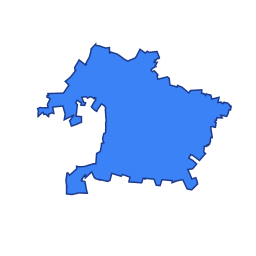 City of Tshwane, Gauteng, South Africa, rotated 198°
{"feature_id": "47623444B80921072750836", "entity_name": "City of Tshwane", "entity_type": "district", "adm_level": 2, "iso_a3": "ZAF", "parent_name": "South Africa", "parent_adm1": "Gauteng", "projection": "mercator", "projection_center": [28.311, -25.594], "detail": "fine", "context": "isolated", "style": "filled", "palette": "blue", "viewbox_px": 256, "rotation_deg": 198, "n_neighbors": 0, "source": "geoboundaries", "source_scale": "gbopen_adm2", "svg_char_len": 5252}
<svg xmlns="http://www.w3.org/2000/svg" viewBox="0 0 256 256"><g transform="rotate(198 128 128)"><path d="M37.3,172.7L37.5,176.6L36.1,176.8L36.6,180.5L37.7,180.4L37.7,180.9L41.0,182.5L43.6,182.1L43.9,182.3L44.1,182.2L44.7,182.1L44.8,181.9L44.7,181.7L44.7,181.2L44.7,180.9L44.8,180.8L45.1,180.9L45.2,180.6L47.1,180.8L47.1,181.3L47.7,181.4L50.3,180.0L50.9,185.3L57.3,181.4L58.7,184.0L59.7,184.9L64.1,184.4L64.2,184.5L64.5,183.1L65.0,183.8L66.5,183.6L66.6,184.2L68.8,183.8L69.6,187.1L80.3,182.9L80.9,180.1L89.1,183.4L89.8,183.5L94.0,183.8L93.8,182.2L101.4,181.9L104.2,188.0L106.4,188.8L112.3,185.1L114.7,183.6L115.1,184.3L115.3,184.7L116.3,186.2L116.4,186.5L116.6,187.8L116.2,187.7L116.3,187.9L116.3,188.1L116.6,188.2L120.6,190.5L122.3,189.1L124.0,190.2L123.2,192.1L122.7,192.7L121.9,193.5L121.5,194.2L120.4,195.0L121.4,195.7L121.0,196.5L120.6,199.5L123.4,198.4L123.4,200.8L122.8,200.5L122.1,201.7L121.8,202.5L121.1,203.7L120.1,203.6L119.8,204.5L124.1,209.7L131.3,206.4L133.5,206.9L134.7,204.6L140.9,206.6L142.1,199.2L142.7,196.9L149.0,191.5L149.3,191.6L151.4,192.0L152.1,192.1L157.6,193.9L160.9,194.9L168.0,194.9L168.1,193.7L168.8,193.6L170.5,198.8L173.6,197.2L177.9,197.1L179.5,197.3L184.4,196.7L184.7,197.7L187.4,192.1L187.5,191.6L187.2,191.6L187.1,191.3L186.6,183.8L187.8,177.6L188.0,176.2L187.3,175.9L187.7,174.7L191.7,176.2L195.5,177.6L196.0,175.4L196.1,174.9L197.4,169.0L196.3,166.8L195.5,166.6L198.5,158.4L200.8,154.8L201.3,154.2L202.1,152.9L201.2,152.5L198.7,151.2L197.4,150.5L198.1,148.4L198.9,145.5L200.2,141.2L214.8,136.0L213.5,134.4L215.0,134.0L214.7,132.4L211.0,131.8L211.9,125.6L211.3,124.4L210.1,122.7L215.3,120.8L217.5,120.4L218.1,120.2L219.9,118.4L218.8,117.2L217.1,111.1L216.7,111.4L216.9,111.9L213.9,116.6L213.7,116.4L213.4,116.3L213.0,116.0L212.9,115.9L212.6,115.7L212.3,115.4L212.3,115.2L212.2,115.0L212.1,114.9L211.3,115.5L210.7,115.6L210.4,115.6L209.8,115.5L209.0,115.1L208.4,114.7L208.0,114.6L207.0,114.2L206.9,114.3L207.8,116.7L206.5,117.6L205.9,118.3L203.9,119.2L203.1,118.7L202.9,118.8L204.4,121.5L205.0,122.6L206.1,124.5L204.8,125.2L196.8,128.8L195.5,127.0L194.6,125.6L192.0,121.8L191.2,116.1L183.4,123.7L185.4,117.7L185.8,116.6L185.1,116.2L184.3,115.0L183.1,113.2L182.4,112.3L178.3,115.4L177.8,115.8L176.2,117.3L174.0,119.1L175.7,124.1L175.8,124.4L178.8,123.7L179.2,123.6L181.1,123.2L181.5,125.6L182.1,128.4L182.7,131.3L183.3,134.4L183.4,134.7L184.1,134.9L185.0,135.6L185.4,135.9L185.4,136.2L185.0,138.7L181.4,137.7L180.8,138.1L179.9,136.6L180.0,135.2L177.3,135.8L176.6,136.1L176.2,136.1L176.1,137.6L176.0,138.8L176.5,138.9L178.0,138.8L181.6,142.8L181.4,143.0L180.6,143.4L179.5,143.9L178.2,144.5L177.4,144.9L175.7,143.9L173.4,146.2L171.3,146.1L169.8,145.5L169.6,145.9L169.2,145.9L169.2,146.4L168.0,146.7L168.0,146.4L167.9,145.9L168.0,145.0L167.3,144.7L168.3,142.0L169.2,137.4L169.4,136.8L165.1,134.6L162.9,134.2L162.6,136.3L162.2,137.9L161.5,140.1L160.6,142.8L159.3,142.4L159.2,142.4L156.8,141.6L155.1,139.8L155.4,138.8L155.0,137.9L153.4,134.1L153.1,133.2L151.1,128.6L150.5,127.2L151.3,126.4L151.0,126.5L149.4,122.0L148.1,117.3L148.0,115.9L149.2,115.4L148.9,110.1L147.3,107.1L146.4,106.6L147.2,105.8L148.4,105.3L148.5,105.2L147.9,103.2L147.9,102.9L147.7,102.0L147.2,97.5L147.1,97.3L147.1,97.1L150.0,94.1L147.5,84.0L149.1,83.6L150.3,83.0L152.8,81.2L154.5,80.1L156.1,78.8L157.5,78.0L158.6,77.4L162.0,76.2L162.8,76.0L164.3,75.4L165.3,76.4L164.2,73.1L164.7,72.3L166.1,70.1L166.8,68.7L169.0,65.1L171.3,66.7L172.1,66.3L170.8,58.8L168.0,53.1L168.3,53.1L166.8,48.6L166.1,46.3L160.8,47.4L159.3,48.3L157.6,49.3L154.5,51.2L151.9,51.9L149.2,52.6L146.5,53.4L149.9,58.8L149.8,59.0L152.5,63.8L156.0,63.3L156.1,63.5L155.8,64.2L155.8,64.4L155.8,64.5L156.1,64.6L156.2,64.9L156.2,65.0L156.0,65.3L155.9,65.6L155.8,65.9L155.6,65.9L155.6,66.0L155.6,67.0L155.6,67.3L155.3,67.5L155.2,67.6L155.2,67.8L155.2,68.0L154.9,68.1L154.8,68.3L154.6,68.4L154.6,68.5L154.7,68.8L154.7,69.0L154.9,69.5L153.9,70.2L153.1,67.4L149.0,75.0L148.8,75.0L144.7,70.3L144.8,70.5L144.7,70.6L143.3,69.8L138.5,69.8L138.6,70.3L130.9,70.9L129.0,72.5L129.0,72.9L129.4,79.8L119.6,80.0L118.8,82.1L111.0,81.9L110.9,81.1L110.5,77.0L103.8,78.7L102.8,78.9L102.2,79.1L101.2,79.3L98.1,80.1L98.1,84.9L96.8,85.3L96.8,84.8L95.9,84.7L95.8,85.5L87.5,87.4L83.4,82.3L79.7,83.1L79.7,89.4L69.6,91.6L69.2,89.6L65.4,92.6L65.5,92.6L61.2,95.2L59.6,95.5L54.5,90.0L52.8,88.3L48.3,88.9L44.5,96.3L46.4,99.6L46.8,99.8L48.2,101.7L51.5,99.3L58.3,107.1L54.6,108.7L53.9,109.3L51.6,115.0L56.5,117.2L60.8,118.0L60.5,120.4L60.4,120.4L60.4,121.1L60.3,122.1L57.4,121.8L50.0,119.2L48.0,124.0L47.4,125.5L46.3,127.6L48.6,128.5L49.3,131.9L49.8,134.4L47.4,134.8L47.6,135.9L47.5,136.5L47.3,136.5L47.0,136.5L46.9,136.4L46.6,136.2L46.3,136.2L46.2,136.5L46.3,136.6L46.3,136.9L46.2,136.9L46.1,137.0L45.8,137.3L45.8,137.5L45.7,137.6L45.6,137.8L45.5,138.0L45.7,138.3L45.6,138.7L45.6,138.9L45.5,139.0L45.5,139.4L45.5,139.7L45.5,139.9L45.6,140.1L45.5,140.6L45.5,140.9L45.5,141.0L45.8,141.2L45.8,141.3L46.3,144.2L46.3,144.7L45.4,144.8L44.9,144.9L48.3,151.7L49.7,154.4L48.7,155.3L47.4,155.5L46.8,155.5L46.1,155.3L45.6,155.8L45.1,155.8L45.9,160.4L46.6,160.3L47.2,160.5L47.0,161.3L47.3,162.5L46.3,162.7L46.7,165.3L43.7,166.0L41.5,166.7L43.6,168.9L37.7,169.5L37.3,172.7Z" fill="#3b82f6" stroke="#1e3a8a" stroke-width="1.5"/></g></svg>